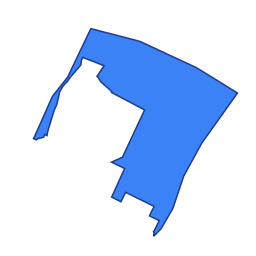 the district of Zemam Out, Al Qahirah, Egypt, rotated 297°
{"feature_id": "37247803B46264859714526", "entity_name": "Zemam Out", "entity_type": "district", "adm_level": 2, "iso_a3": "EGY", "parent_name": "Egypt", "parent_adm1": "Al Qahirah", "projection": "natural_earth1", "projection_center": [31.543, 29.966], "detail": "fine", "context": "isolated", "style": "filled", "palette": "blue", "viewbox_px": 256, "rotation_deg": 297, "n_neighbors": 0, "source": "geoboundaries", "source_scale": "gbopen_adm2", "svg_char_len": 1614}
<svg xmlns="http://www.w3.org/2000/svg" viewBox="0 0 256 256"><g transform="rotate(297 128 128)"><path d="M59.5,190.2L59.6,197.9L48.8,198.0L48.2,197.9L47.7,197.9L47.4,197.8L47.3,197.7L47.2,197.7L47.1,197.8L46.9,198.2L46.8,198.4L46.6,198.8L46.1,198.9L45.9,199.0L45.3,199.2L45.1,199.2L44.7,199.3L44.3,199.5L43.7,199.7L43.7,199.8L43.5,200.0L43.3,200.1L43.2,200.1L53.2,203.2L76.7,204.5L110.4,199.5L148.2,200.6L208.9,209.7L209.7,199.3L209.9,196.7L210.2,194.1L210.7,188.0L212.8,161.5L212.8,161.4L212.2,144.5L211.6,128.6L210.6,99.4L207.7,86.0L207.1,83.4L205.5,76.1L201.7,59.0L199.7,49.8L199.2,49.8L146.8,51.1L146.3,51.2L121.8,46.3L121.6,46.3L84.4,48.3L81.2,48.4L78.7,48.6L78.2,48.6L77.9,48.6L75.7,48.6L75.7,50.7L75.7,51.3L75.7,51.5L76.6,52.0L77.4,52.5L78.1,52.9L78.1,53.0L78.3,53.3L81.4,57.0L81.8,57.0L82.4,56.9L82.9,56.9L83.6,56.8L84.5,56.8L84.5,59.3L86.4,58.6L91.2,57.5L98.1,56.3L104.8,55.1L107.1,54.8L111.2,54.1L112.0,54.1L113.9,54.0L114.7,54.0L117.2,53.8L121.9,52.6L124.4,52.0L124.7,51.9L125.4,51.7L126.8,51.3L128.9,50.7L134.8,51.0L136.2,51.3L139.5,52.0L140.2,52.3L141.6,52.8L146.0,53.4L147.3,53.6L157.5,56.1L162.9,57.4L166.6,55.9L168.3,55.7L169.2,55.6L170.4,55.7L172.6,78.4L161.5,77.1L159.9,76.9L159.6,78.2L156.7,83.1L154.2,93.0L152.9,97.3L152.2,97.3L152.1,102.0L151.8,123.3L151.6,134.6L100.1,136.3L99.8,136.6L94.6,132.4L90.1,128.8L90.4,143.4L59.0,144.8L59.1,155.2L60.6,155.2L62.1,155.2L63.6,155.2L65.1,155.1L66.6,155.1L68.1,155.1L69.6,155.1L69.8,172.6L70.0,186.8L68.5,186.9L67.0,186.9L65.5,186.9L64.0,186.9L62.5,187.0L61.0,187.0L59.5,187.0L59.5,190.2Z" fill="#3b82f6" stroke="#1e3a8a" stroke-width="1.5"/></g></svg>